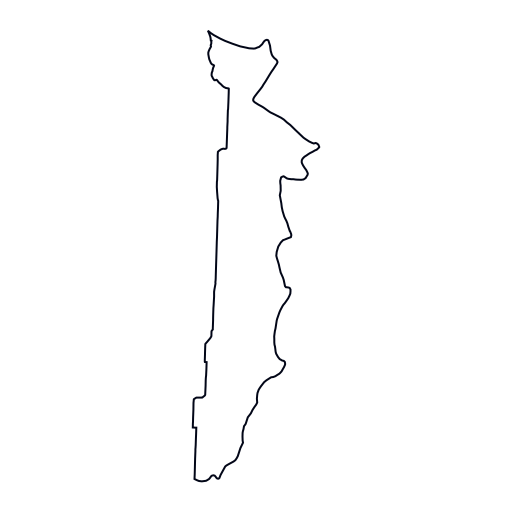 Frecatei, Braila, Romania (orthographic projection)
{"feature_id": "2599482B580014738144", "entity_name": "Frecatei", "entity_type": "district", "adm_level": 2, "iso_a3": "ROU", "parent_name": "Romania", "parent_adm1": "Braila", "projection": "orthographic", "projection_center": [28.064, 45.013], "detail": "fine", "context": "isolated", "style": "outline", "palette": "ink", "viewbox_px": 512, "rotation_deg": 0, "n_neighbors": 0, "source": "geoboundaries", "source_scale": "gbopen_adm2", "svg_char_len": 5877}
<svg xmlns="http://www.w3.org/2000/svg" viewBox="0 0 512 512"><path d="M238.8,45.9L232.4,43.7L225.1,40.9L220.2,38.6L213.8,35.1L210.8,33.1L207.9,30.7L209.2,33.6L209.4,34.2L210.2,36.4L210.4,37.3L210.6,38.1L210.6,38.6L210.8,40.5L211.5,40.7L211.3,41.9L211.3,42.3L211.3,42.8L211.3,43.0L211.3,43.3L211.2,43.8L210.9,44.7L210.7,45.2L210.8,45.6L210.9,46.1L211.0,46.3L210.9,46.7L210.7,47.2L209.8,48.7L209.3,49.8L208.9,50.7L208.6,51.5L208.3,52.6L208.3,53.0L208.3,54.2L208.4,54.8L208.9,57.6L209.3,59.3L209.5,59.8L210.5,62.1L210.7,62.7L211.1,63.3L211.4,63.7L211.6,64.0L211.9,64.2L212.3,64.5L212.8,64.7L213.7,65.1L213.8,65.3L214.0,65.6L213.9,65.8L213.9,66.1L213.2,67.7L213.0,68.4L212.6,70.0L212.5,70.9L212.4,71.2L211.9,72.4L211.8,72.7L211.7,73.5L211.6,74.1L211.6,75.0L211.6,75.4L211.7,75.8L211.9,76.2L212.4,77.1L212.6,77.7L213.7,79.4L214.0,79.8L214.2,80.0L214.4,80.2L214.7,80.2L215.1,80.2L215.7,80.1L216.4,79.8L216.6,79.8L216.9,80.0L217.7,81.0L218.2,81.7L219.0,82.6L221.2,84.5L222.4,85.8L223.5,86.7L223.9,87.0L224.7,87.4L225.9,88.0L226.6,88.1L228.2,88.4L228.5,88.4L228.7,88.5L228.8,88.7L228.8,89.0L228.7,93.2L228.4,102.1L228.1,108.9L228.1,109.2L227.9,110.0L227.6,119.0L227.6,121.4L227.3,127.1L227.3,128.4L226.8,142.3L226.6,147.6L226.5,148.1L226.4,148.2L226.3,148.4L226.2,148.5L225.8,148.7L225.4,148.8L224.9,148.9L223.4,148.7L223.1,148.7L222.8,148.8L222.0,149.0L221.1,149.4L220.6,149.6L219.7,150.3L218.9,150.9L218.3,151.4L218.0,151.8L217.9,151.9L217.9,152.0L217.8,153.6L217.7,155.0L217.7,158.1L217.7,159.7L217.6,164.1L217.3,174.4L217.1,180.4L216.9,181.9L216.9,182.7L216.8,186.9L216.9,188.5L217.1,191.9L217.6,198.2L217.7,198.8L217.8,199.3L217.9,200.0L218.2,200.8L218.2,201.0L218.2,201.3L218.0,208.3L217.8,213.0L217.7,216.9L217.5,220.4L217.0,237.3L216.8,241.5L216.5,251.8L215.9,271.3L215.7,278.4L215.6,280.2L215.4,282.1L215.4,282.6L215.5,283.3L215.4,284.1L215.3,284.7L214.4,289.7L214.2,291.1L214.1,291.8L214.1,294.5L214.1,296.6L213.6,305.3L213.4,308.2L213.2,314.3L213.1,318.5L213.1,319.4L213.1,320.1L212.8,328.5L212.8,329.4L212.8,329.5L212.6,329.7L211.7,330.9L211.6,331.0L211.5,331.4L211.4,335.9L211.3,336.3L211.2,336.7L210.8,337.2L210.3,338.1L207.2,341.8L205.6,343.6L205.4,343.9L205.3,344.1L205.3,344.3L205.3,344.8L205.2,347.0L205.0,353.2L205.0,353.6L205.0,354.3L204.8,360.2L204.8,361.7L204.8,361.8L204.9,362.0L205.1,362.0L206.4,362.1L206.6,362.1L206.6,362.3L206.4,369.3L206.1,375.5L205.9,377.3L205.8,378.6L205.7,380.5L205.6,385.6L205.2,394.6L205.2,394.8L205.0,395.2L204.5,395.8L203.3,396.7L202.5,397.4L202.3,397.5L202.1,397.6L201.9,397.6L201.7,397.5L201.4,397.6L196.5,397.6L196.3,397.7L196.0,397.8L194.0,399.1L193.9,399.2L193.8,399.4L193.7,400.9L193.5,402.8L193.4,409.8L193.1,417.5L193.0,422.1L192.9,423.1L192.8,427.5L196.2,427.7L196.3,427.7L196.1,434.1L195.9,439.0L195.7,445.1L195.5,448.3L195.4,448.9L195.4,451.2L195.3,453.7L195.1,458.7L194.8,471.0L194.7,474.6L194.5,479.0L195.3,479.4L197.2,480.3L199.0,481.0L200.6,481.2L201.4,481.3L202.2,481.3L206.0,480.8L207.3,480.1L209.2,478.9L210.5,477.2L211.1,476.3L211.7,475.8L212.1,475.6L213.4,475.3L214.6,475.6L215.4,476.4L216.4,477.8L217.2,478.5L218.1,478.7L218.7,478.6L219.4,478.0L220.6,474.9L225.2,466.5L226.0,465.8L226.9,465.2L228.3,464.4L230.1,463.4L231.4,462.7L232.5,462.1L233.6,461.5L234.4,460.9L234.8,460.6L235.4,460.1L235.9,459.4L237.0,457.7L237.2,457.2L237.7,456.4L238.1,455.2L240.4,448.1L243.0,442.7L242.6,440.3L242.6,439.7L242.5,436.4L242.6,432.9L242.9,431.2L243.5,429.1L244.0,426.2L245.5,424.2L245.9,423.2L247.8,417.3L249.6,415.0L250.9,413.3L252.5,410.0L254.5,406.9L256.2,404.6L257.2,402.5L256.9,398.7L257.2,395.0L257.5,393.0L258.7,389.7L259.9,387.8L261.0,386.2L264.1,382.2L266.4,380.3L271.1,377.3L273.3,377.0L275.4,376.2L277.2,375.0L279.2,373.8L279.9,373.2L281.4,371.6L281.8,371.0L282.6,369.5L284.0,367.1L284.8,365.3L285.1,364.5L285.1,363.3L284.8,361.9L283.8,360.9L282.1,360.5L281.0,359.8L279.7,359.1L278.1,357.1L277.5,356.1L277.0,355.2L276.2,353.8L275.7,352.1L275.5,350.7L275.4,349.6L275.0,346.6L274.5,344.7L274.3,342.4L274.3,339.1L274.2,336.4L274.5,333.9L274.9,331.0L275.5,328.5L276.7,320.6L277.1,319.0L279.4,312.4L280.3,310.3L282.4,306.3L283.5,304.6L284.6,303.4L285.7,301.9L287.5,299.3L288.2,298.3L289.6,295.4L290.2,293.9L290.3,293.7L290.5,291.4L290.5,289.5L289.7,288.0L289.1,287.7L287.9,287.4L285.9,287.2L285.0,286.1L283.7,279.9L282.9,277.5L280.7,272.6L279.5,267.6L279.2,266.2L278.9,264.7L277.9,261.3L277.0,258.5L276.3,255.8L276.7,251.9L278.3,246.5L280.8,242.5L283.0,240.2L290.9,237.1L291.3,235.5L291.2,234.2L290.1,231.3L289.8,231.1L288.3,226.7L287.4,223.4L286.3,220.7L285.2,218.6L284.2,216.4L282.6,211.1L281.8,207.3L281.3,203.2L279.8,195.3L280.7,190.8L280.6,185.4L280.3,183.2L280.2,180.9L280.5,179.7L281.1,177.4L282.5,176.6L283.7,176.3L285.4,177.4L286.8,178.4L287.3,178.5L288.1,178.8L291.2,179.2L293.3,179.2L296.1,179.6L301.2,179.8L303.5,179.5L305.6,178.1L306.5,176.6L307.6,174.8L307.8,173.5L307.4,172.4L306.2,170.0L304.5,167.7L303.1,165.5L302.1,163.5L301.7,162.3L301.7,161.6L301.8,160.3L302.3,159.2L302.9,158.3L304.5,156.7L306.4,155.5L308.4,154.1L310.0,153.1L312.6,151.8L314.8,150.5L316.7,149.7L318.1,148.4L319.2,147.3L319.2,146.7L318.3,144.6L316.9,143.5L315.7,143.0L314.9,143.2L313.8,143.5L312.1,142.9L309.0,141.4L307.5,140.4L305.8,139.3L304.2,138.2L303.3,137.5L295.7,130.3L290.3,125.0L286.8,122.3L283.9,119.6L281.0,117.7L273.1,113.7L270.4,112.4L268.6,111.2L264.2,108.0L263.0,107.2L261.1,106.1L258.5,104.7L256.3,103.3L254.6,102.2L254.1,101.7L253.6,101.2L253.2,100.4L253.2,99.6L253.5,98.5L254.5,96.7L257.4,92.9L260.2,89.4L262.3,86.6L263.3,84.8L265.5,81.5L267.8,77.7L269.3,75.2L271.5,71.7L273.2,69.3L277.0,63.5L277.5,62.1L277.2,61.1L276.4,59.8L274.2,58.0L272.7,56.2L271.9,54.8L271.6,54.0L270.7,50.8L270.0,45.6L268.5,40.8L267.9,40.1L266.9,39.8L265.8,40.1L264.6,40.8L263.4,42.3L262.1,44.3L259.2,46.9L257.4,47.5L255.3,48.4L253.8,48.6L249.1,48.3L246.4,47.7L240.3,46.4L238.8,45.9Z" fill="none" stroke="#020617" stroke-width="2"/></svg>